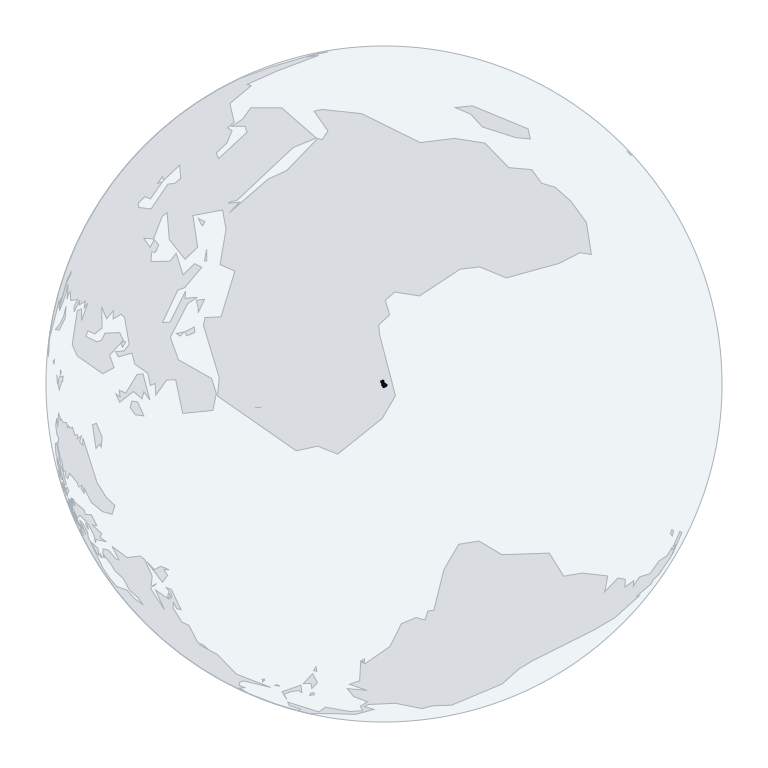 Fromager highlighted on a globe, orthographic projection, rotated 266°
{"feature_id": "CIV-3445", "entity_name": "Fromager", "entity_type": "Region", "adm_level": 1, "iso_a3": "CIV", "parent_name": "Ivory Coast", "parent_adm1": "", "projection": "orthographic", "projection_center": [-5.843, 6.159], "detail": "fine", "context": "on_globe", "style": "filled", "palette": "ink", "viewbox_px": 768, "rotation_deg": 266, "n_neighbors": 0, "source": "natural_earth", "source_scale": "10m", "svg_char_len": 9212}
<svg xmlns="http://www.w3.org/2000/svg" viewBox="0 0 768 768"><g transform="rotate(266 384 384)"><circle cx="384" cy="384" r="338" fill="#eef3f6" stroke="#a8b0b8"/><path d="M261.7,69.0L257.4,70.7L263.8,68.3L256.1,71.9L260.6,70.8L253.6,74.0L263.3,70.6L268.9,68.0L275.1,65.9L278.3,65.3L269.8,68.8L267.0,69.7L266.2,70.5L260.5,72.7L265.1,71.3L254.5,76.4L269.7,70.8L265.0,74.4L256.7,78.0L251.6,78.3L219.7,90.9L209.7,96.6L200.7,103.2L196.3,113.2L187.7,119.8L180.4,128.4L187.8,123.8L196.2,115.7L208.1,110.3L216.9,102.2L223.1,99.3L234.5,91.6L239.1,92.4L237.4,97.7L228.1,104.5L227.1,107.4L241.0,101.4L228.8,115.6L229.4,128.7L225.5,133.1L208.7,139.3L195.7,137.2L174.0,149.4L194.4,141.7L184.4,154.4L185.5,157.0L189.7,157.0L196.0,152.6L193.9,157.5L172.9,165.9L174.5,161.5L181.1,158.5L174.9,158.1L160.7,165.8L156.8,172.6L139.5,180.0L136.4,185.4L131.0,190.6L137.0,181.3L125.8,198.8L104.9,216.5L89.3,249.7L97.7,222.9L96.5,219.1L93.6,218.6L90.8,223.8L90.7,218.6L84.0,228.6L71.9,254.5L64.2,275.5L65.2,278.0L70.0,266.9L73.4,265.8L61.4,296.2L65.7,303.0L59.7,326.7L59.6,339.9L64.2,337.9L68.1,345.2L74.3,332.1L82.7,326.1L79.5,345.7L86.8,328.7L89.7,339.0L108.6,341.4L106.3,345.6L121.7,371.6L143.7,384.7L148.8,399.8L145.7,408.4L154.5,412.0L154.7,417.9L194.6,430.8L218.9,447.4L220.7,467.8L205.5,489.6L203.8,537.0L179.7,549.9L181.6,568.5L176.9,593.8L161.3,589.7L174.2,604.0L172.4,611.0L164.5,610.2L170.4,619.5L165.0,618.7L173.8,625.6L176.1,636.0L188.4,646.2L192.9,654.4L201.2,660.3L198.8,659.7L199.3,661.2L203.0,664.2L190.8,657.6L174.6,644.6L169.7,638.6L166.3,636.9L154.5,621.0L154.9,623.8L134.7,597.9L124.2,576.8L97.4,512.4L90.2,498.5L76.5,480.9L58.9,429.0L59.6,409.6L57.5,399.5L64.7,373.1L65.4,346.3L63.6,341.9L60.1,351.1L56.4,332.4L58.6,311.9L60.4,286.6L68.0,264.3L77.1,242.5L87.8,221.4L99.8,201.1L113.3,181.8L128.1,163.4L144.1,146.0L161.3,129.9L179.6,114.9L198.9,101.3L219.0,89.1L240.0,78.3L261.7,69.0ZM84.1,260.9L89.4,280.1L81.9,280.5L84.1,277.7L83.7,270.3L81.4,262.8L76.1,265.1L84.1,260.9ZM96.6,243.7L95.3,242.0L97.2,242.3L96.6,243.7ZM231.2,91.9L232.7,91.8L229.8,93.2L231.2,91.9ZM234.6,88.9L230.1,90.7L231.0,89.6L233.8,88.5L234.6,88.9ZM240.0,87.1L233.3,87.5L235.1,85.6L247.2,80.3L240.0,87.1ZM269.3,67.5L263.5,70.2L265.4,68.6L269.3,67.5ZM275.4,64.0L275.2,64.1L277.3,63.4L290.8,59.2L292.5,58.7L288.0,60.2L280.1,62.7L288.5,60.2L269.0,67.1L266.4,67.2L275.4,64.0ZM277.7,64.9L276.2,65.0L284.9,61.8L289.5,61.2L285.2,62.3L277.7,64.9ZM295.8,57.8L293.5,58.4L292.4,58.7L295.8,57.8ZM284.9,62.8L291.6,61.1L290.5,62.2L279.8,64.7L284.9,62.8ZM285.2,61.3L289.6,59.9L288.7,60.4L285.2,61.3ZM290.0,66.6L288.0,66.0L292.4,64.2L290.0,66.6ZM294.3,60.4L294.6,60.0L296.1,59.4L300.2,58.7L294.3,60.4ZM299.3,56.9L300.8,56.7L304.0,55.7L309.6,54.5L301.5,56.7L307.3,55.3L309.0,54.9L300.5,57.2L299.3,56.9ZM308.9,56.3L300.6,59.6L303.3,60.7L299.5,62.2L295.8,60.3L308.9,56.3ZM304.7,56.5L306.5,56.6L300.8,58.1L296.2,59.0L304.7,56.5ZM312.3,53.8L316.2,53.1L310.0,54.3L312.3,53.8ZM310.8,56.2L312.8,55.5L311.7,56.1L310.8,56.2ZM315.8,53.6L313.3,53.9L315.6,53.4L315.8,53.6ZM318.9,54.0L316.2,54.9L312.9,55.4L318.9,54.0ZM318.4,53.5L322.2,52.7L313.4,55.0L316.8,53.7L318.4,53.5ZM318.4,53.0L319.0,52.8L318.4,53.0ZM332.7,52.3L322.4,55.0L315.3,55.8L326.2,52.9L332.7,52.3ZM215.0,670.8L193.7,659.7L203.9,665.0L201.6,661.1L216.3,668.9L215.0,670.8ZM212.3,660.9L215.2,659.3L218.6,661.0L217.4,662.7L212.3,660.9ZM698.9,261.3L708.3,294.3L715.5,326.3L716.4,341.6L703.3,297.9L692.4,268.4L690.8,272.3L674.6,249.8L655.8,252.8L650.3,245.7L647.4,250.1L635.6,244.3L626.1,232.8L620.3,234.7L644.7,265.0L650.7,263.3L651.8,249.8L657.8,261.2L668.8,270.3L666.6,301.2L634.1,333.6L626.3,310.0L577.6,250.3L576.4,243.2L576.0,242.5L575.2,241.1L575.5,252.8L565.5,241.5L596.5,282.8L603.7,301.8L633.7,335.1L632.0,339.2L640.3,345.8L661.0,333.3L662.2,341.4L655.2,380.7L622.3,436.9L624.1,471.4L617.3,501.4L591.1,523.6L587.6,546.2L573.2,555.4L568.4,568.3L553.6,582.9L531.0,597.2L498.7,599.9L501.3,588.5L492.1,567.1L481.3,513.5L494.2,487.5L493.2,467.9L469.4,425.6L475.0,400.9L467.4,391.1L452.6,394.4L443.3,382.8L433.9,383.0L371.5,394.6L349.7,379.7L317.3,332.9L326.6,313.5L323.5,291.8L383.6,217.1L401.7,220.1L455.1,208.0L462.8,210.0L462.3,226.1L507.0,243.1L514.6,228.8L549.4,237.2L568.8,235.1L565.4,205.1L533.6,207.7L522.3,194.2L543.2,179.9L570.2,179.6L566.7,174.5L544.8,164.2L546.1,154.6L536.6,160.2L544.1,164.9L538.4,169.0L531.2,165.1L532.0,161.5L522.4,160.0L521.4,178.9L528.9,185.8L506.9,191.2L517.3,203.6L513.1,210.3L494.0,191.9L492.1,184.9L460.7,167.3L460.7,174.9L490.4,192.5L483.3,191.5L483.5,203.7L477.8,193.7L445.4,174.1L422.4,180.7L401.5,212.4L386.2,216.1L369.6,211.4L368.7,181.2L402.9,176.5L403.0,167.4L388.9,155.6L400.5,155.7L398.9,150.8L411.1,149.2L421.2,136.8L432.5,134.7L429.6,121.0L435.0,118.5L435.2,127.0L441.3,132.6L468.6,129.8L471.9,126.6L467.8,118.3L475.9,119.2L468.4,111.7L480.7,107.8L459.5,106.7L454.1,98.7L457.8,92.3L452.2,89.9L446.2,100.5L447.2,105.2L454.2,109.2L453.7,123.9L445.9,127.1L431.9,112.3L419.1,115.8L413.9,104.2L433.3,80.0L445.0,75.7L478.6,83.2L479.9,87.6L468.4,86.8L485.3,94.1L480.9,90.3L487.6,91.7L484.1,85.6L488.7,86.4L477.6,79.9L482.8,80.2L489.7,84.3L489.1,77.3L498.1,77.4L495.7,75.6L490.7,73.6L505.4,75.9L503.0,74.6L497.3,73.2L488.8,69.8L479.6,65.2L485.2,66.3L489.3,68.0L506.3,74.0L516.3,79.6L517.7,79.6L510.3,75.2L489.5,67.7L482.4,64.8L492.2,67.6L488.0,66.3L486.2,65.3L489.7,65.5L478.9,62.3L451.6,53.1L454.2,53.4L477.4,59.2L500.1,66.6L522.2,75.6L543.7,86.2L564.3,98.2L584.0,111.7L602.8,126.5L620.4,142.6L636.9,159.9L652.1,178.3L666.0,197.8L678.4,218.2L689.4,239.4L698.9,261.3ZM369.4,253.7L369.3,260.1L369.4,253.7ZM603.5,195.6L616.6,195.4L602.5,178.4L606.3,177.3L600.1,172.3L601.4,177.2L585.0,163.9L587.6,158.6L581.8,151.7L577.2,151.5L574.9,163.8L598.4,182.3L598.9,189.7L603.5,195.6ZM109.3,341.3L111.2,345.5L107.8,345.0L109.3,341.3ZM78.5,288.1L80.7,289.1L81.1,292.4L79.0,292.9L78.5,288.1ZM103.1,293.8L106.7,296.3L101.9,297.0L103.1,293.8ZM90.8,282.7L100.0,292.7L90.8,296.7L85.3,290.8L90.4,290.2L90.8,282.7ZM90.8,254.2L91.7,255.9L89.9,259.2L90.8,254.2ZM98.0,244.1L97.3,244.2L97.8,241.3L98.0,244.1ZM185.7,153.9L187.3,153.4L190.6,154.4L186.9,156.2L185.7,153.9ZM217.8,148.4L213.7,156.6L214.1,151.5L208.2,154.8L201.7,149.2L223.3,135.0L214.7,142.1L217.8,148.4ZM199.0,139.0L200.7,143.3L198.0,139.3L199.0,139.0ZM378.2,129.1L384.6,131.3L383.3,136.9L368.9,142.3L370.6,133.9L378.2,129.1ZM394.0,133.5L384.2,119.0L392.7,116.0L389.6,119.9L396.2,119.4L393.0,125.8L410.8,138.4L410.8,144.3L384.3,149.3L392.9,143.9L386.1,141.6L394.0,133.5ZM343.9,96.1L339.8,92.2L363.7,90.3L364.8,94.3L350.6,99.1L340.8,97.4L343.9,96.1ZM262.7,78.6L259.6,79.1L261.9,77.8L266.5,76.4L262.7,78.6ZM288.7,66.5L278.9,76.2L274.8,76.9L273.9,83.0L262.8,87.6L263.7,83.3L254.5,92.0L250.9,90.0L245.9,96.0L249.1,85.9L245.5,85.2L253.7,84.0L264.1,79.6L267.4,77.5L274.3,71.5L271.6,69.0L281.4,65.1L289.0,63.1L291.2,63.1L284.1,65.4L292.1,63.8L283.5,67.3L288.7,66.5ZM372.9,55.2L363.9,55.6L378.3,57.4L369.9,59.0L372.1,59.1L368.2,61.4L367.4,64.6L362.7,65.2L364.4,66.3L361.8,68.2L362.6,70.1L354.5,72.1L354.7,74.8L350.7,74.3L353.3,78.5L347.7,76.4L343.9,79.3L351.4,79.8L305.6,90.9L290.7,98.8L281.4,107.1L273.0,103.6L276.4,94.2L286.4,83.7L302.0,77.2L295.4,77.4L300.8,74.6L303.8,75.6L302.5,72.4L307.8,70.6L316.7,64.2L311.7,61.9L314.8,60.0L319.5,60.0L319.3,58.2L330.2,57.1L332.7,55.9L345.9,54.2L353.4,55.7L355.6,54.3L365.7,53.6L372.9,55.2ZM336.5,51.8L347.4,52.0L348.1,53.4L324.8,56.0L321.0,57.3L306.1,60.0L305.4,58.3L309.8,57.5L313.8,56.5L312.4,57.4L316.5,55.9L322.6,55.1L327.5,53.8L329.7,54.1L336.5,51.8ZM468.0,203.6L473.2,203.9L480.7,202.6L480.9,210.8L468.0,203.6ZM445.8,190.4L450.0,189.0L454.1,198.8L448.6,199.0L445.8,190.4ZM448.9,180.4L449.9,188.2L446.1,184.1L448.9,180.4ZM438.8,125.7L442.9,124.3L444.7,126.2L444.0,129.3L438.8,125.7ZM414.1,64.5L408.8,63.6L409.2,62.9L401.0,59.7L406.7,58.9L413.8,60.4L414.1,64.5ZM562.0,210.5L558.4,216.6L554.6,214.1L556.6,212.5L562.0,210.5ZM519.3,213.5L530.7,216.5L519.2,215.8L519.3,213.5ZM418.9,63.0L414.9,61.7L420.2,62.1L418.9,63.0ZM410.4,58.2L416.0,58.3L406.4,58.4L410.4,58.2ZM599.5,642.4L596.1,645.9L594.4,646.7L599.5,642.4ZM655.3,491.6L628.5,545.5L618.2,547.1L620.7,532.2L633.6,500.1L647.0,489.5L654.8,474.4L655.3,491.6ZM716.2,329.2L719.4,347.7L719.3,351.5L716.2,329.2ZM461.3,60.1L466.4,64.8L473.7,69.1L483.7,72.2L471.8,70.5L460.4,63.8L461.3,60.1ZM452.2,53.5L443.4,51.8L445.7,52.0L448.0,52.4L452.2,53.5ZM448.0,52.8L440.3,52.0L434.3,50.8L441.6,51.6L448.0,52.8ZM430.0,55.6L431.1,56.9L426.7,56.3L430.0,55.6Z" fill="#d9dde1" stroke="#a8b0b8" stroke-width="1"/><path d="M386.1,381.2L386.5,381.2L386.5,381.3L386.9,381.4L387.1,381.4L387.1,381.5L387.0,381.8L387.1,382.0L387.1,382.3L387.1,382.5L387.3,382.8L387.6,382.7L387.7,382.8L387.7,383.0L387.5,383.7L387.2,383.6L386.0,384.0L384.7,383.8L384.5,384.1L384.5,384.5L384.4,384.9L384.4,385.0L384.2,385.3L383.9,385.6L382.8,386.8L382.7,386.8L382.7,386.7L382.5,386.4L382.3,386.2L382.1,386.2L381.8,386.2L381.6,385.9L381.5,385.7L381.4,385.3L381.4,385.2L381.2,384.9L381.0,384.6L380.9,384.3L380.8,384.0L380.7,383.1L380.9,383.1L381.1,383.1L381.3,383.0L381.5,383.0L381.8,383.0L381.9,382.9L382.2,382.6L382.3,382.6L382.5,382.7L382.7,382.4L382.8,382.2L382.8,381.9L384.6,382.1L384.8,382.0L385.9,381.2L386.1,381.2Z" fill="#0f172a" stroke="#020617" stroke-width="1.5"/></g></svg>